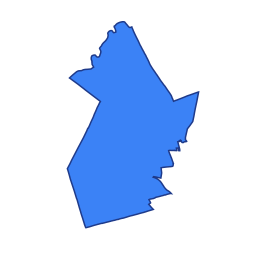 Branistea, Dâmbovita, Romania, rotated 278°
{"feature_id": "2599482B85968573592334", "entity_name": "Branistea", "entity_type": "district", "adm_level": 2, "iso_a3": "ROU", "parent_name": "Romania", "parent_adm1": "Dâmbovita", "projection": "albers", "projection_center": [25.57, 44.682], "detail": "fine", "context": "isolated", "style": "filled", "palette": "blue", "viewbox_px": 256, "rotation_deg": 278, "n_neighbors": 0, "source": "geoboundaries", "source_scale": "gbopen_adm2", "svg_char_len": 5591}
<svg xmlns="http://www.w3.org/2000/svg" viewBox="0 0 256 256"><g transform="rotate(278 128 128)"><path d="M173.5,192.9L173.4,192.6L171.8,189.5L170.7,187.4L169.3,184.7L168.0,182.1L167.7,181.6L166.9,180.3L165.4,177.7L164.0,175.2L162.3,172.2L162.0,171.5L160.8,169.4L162.2,168.6L163.6,167.8L163.8,167.6L164.1,167.4L164.6,167.2L165.7,166.6L166.4,166.1L166.9,165.7L167.0,165.6L168.6,164.2L170.8,162.1L174.5,158.8L176.1,157.0L176.8,156.4L177.0,156.2L179.4,153.8L180.3,153.0L181.4,152.1L183.6,150.1L184.2,149.7L184.5,149.3L186.4,147.5L186.6,147.4L188.3,145.8L189.8,144.4L191.3,143.1L193.0,141.7L193.7,141.1L194.3,140.7L196.5,139.4L199.2,137.6L201.4,136.0L202.2,135.6L204.4,133.8L205.7,133.0L206.4,132.4L207.3,131.8L207.3,131.7L210.6,129.4L212.0,128.3L214.1,127.0L215.8,125.9L219.4,123.4L222.4,121.4L224.9,119.8L225.7,119.4L228.1,117.9L228.6,117.7L228.4,117.3L227.9,116.4L227.8,115.4L228.4,114.4L230.4,112.3L231.3,111.2L232.2,110.3L232.5,109.9L232.6,109.3L232.6,108.7L232.4,107.5L231.7,105.6L231.0,104.3L230.0,102.8L229.0,101.9L227.4,100.9L227.0,100.2L226.2,100.2L224.7,101.3L222.5,102.4L221.3,102.6L220.8,101.7L220.4,100.6L220.7,100.0L221.7,99.2L222.2,98.4L222.0,97.2L221.3,96.0L220.0,95.1L219.2,94.8L218.5,94.9L217.3,95.4L215.9,95.4L214.6,95.3L213.8,95.0L212.6,94.4L211.6,93.9L210.5,93.1L209.4,92.2L208.3,91.4L206.8,90.6L205.9,90.4L205.2,90.0L204.3,89.4L203.2,88.8L202.7,88.8L201.8,89.5L200.8,90.1L199.9,90.5L198.5,90.5L196.7,90.1L195.3,89.9L194.4,89.3L194.0,88.4L194.0,87.5L194.4,86.8L195.6,85.5L195.6,84.4L195.2,83.4L194.8,82.7L194.3,82.1L193.4,81.9L192.5,81.8L191.1,82.0L190.4,82.3L189.8,82.6L189.6,82.8L189.3,83.0L189.0,83.1L188.7,83.0L188.4,83.0L188.1,83.1L187.7,83.3L187.1,83.4L186.4,83.5L186.0,83.6L183.5,85.5L182.4,84.3L181.3,83.1L180.9,81.5L180.4,79.3L180.0,77.3L179.4,75.6L178.4,74.1L178.0,72.4L177.6,70.8L176.6,69.3L175.4,68.2L173.3,66.3L171.3,64.6L169.4,63.1L166.7,68.1L164.4,72.4L162.5,75.7L160.8,78.7L159.7,80.5L151.2,95.7L150.4,97.0L150.1,96.9L149.5,96.6L148.9,96.3L147.5,95.9L145.4,95.2L144.4,94.8L143.7,94.6L141.3,94.0L139.2,93.4L138.4,93.2L137.6,92.9L136.7,92.7L134.6,92.2L134.3,92.2L130.4,91.0L128.8,90.5L125.4,89.6L123.7,89.1L122.1,88.5L122.0,88.2L120.0,87.7L119.9,87.7L112.1,85.2L103.3,82.0L103.1,81.9L94.6,78.9L88.1,76.6L84.8,75.6L79.2,73.6L78.6,74.0L73.9,76.1L69.0,78.2L58.1,83.6L52.5,86.2L50.8,87.0L50.3,87.4L47.8,88.5L45.5,89.5L43.3,90.5L42.8,90.7L38.3,92.8L37.1,93.3L35.2,94.2L32.4,95.6L31.7,95.9L27.7,97.8L26.5,98.3L23.6,99.9L23.4,100.1L23.6,100.7L23.8,101.2L24.1,101.8L24.8,103.6L25.8,105.7L27.0,108.2L27.6,109.7L28.5,111.7L28.6,112.0L29.0,113.0L29.2,113.3L29.3,113.6L29.4,113.9L29.5,114.1L29.8,114.8L29.9,115.1L29.9,115.4L29.9,115.5L30.0,115.7L30.0,115.8L30.5,116.9L30.5,117.1L31.5,119.4L31.7,119.9L32.1,120.8L32.1,121.0L32.6,122.1L32.7,122.4L32.8,122.6L32.9,122.9L33.1,123.2L33.2,123.7L33.4,124.0L33.8,124.9L33.9,125.3L34.3,126.2L34.8,127.7L35.2,128.5L35.5,129.1L35.6,129.4L35.7,129.6L36.0,130.5L36.1,131.0L36.3,131.5L36.7,132.1L36.9,132.5L37.0,132.8L37.1,133.1L37.5,134.0L37.6,134.3L37.9,135.2L38.3,136.3L38.4,136.5L39.3,138.4L39.9,139.7L40.3,140.5L41.1,142.2L41.9,144.2L42.0,144.6L42.5,145.6L42.6,145.9L42.7,146.2L42.8,146.4L42.9,146.5L43.1,147.1L43.2,147.3L43.3,147.5L43.4,147.9L43.5,148.0L43.6,148.3L44.2,149.7L44.8,151.0L45.5,152.6L46.2,154.3L46.3,154.5L46.6,155.4L47.1,156.2L47.4,157.1L47.8,157.8L47.9,158.0L48.2,158.6L48.6,159.4L49.5,161.4L50.6,163.8L50.9,164.4L51.6,163.5L51.7,163.3L52.5,162.4L52.9,161.9L53.3,161.4L53.7,161.0L54.0,160.7L55.2,159.2L55.3,159.3L55.5,159.4L55.4,159.6L55.9,159.7L56.9,160.8L57.1,160.8L58.6,159.8L59.7,158.9L60.0,158.7L60.7,159.9L61.0,160.9L61.5,162.3L61.6,162.8L62.1,163.7L62.8,164.8L63.1,165.0L63.6,166.1L63.9,167.0L64.3,167.9L64.6,168.7L64.9,169.4L65.2,170.0L65.4,170.5L65.6,171.0L65.8,171.5L66.1,172.3L66.3,172.6L66.4,172.9L66.7,173.4L66.9,173.9L66.9,174.4L67.0,174.7L67.4,175.2L67.6,175.6L67.9,176.2L68.0,176.6L68.2,177.0L68.3,177.2L68.4,177.5L68.6,178.0L68.9,178.7L69.0,179.1L69.1,179.5L69.1,180.0L70.1,178.8L71.1,177.1L71.9,175.2L73.2,173.4L75.0,171.6L75.6,171.2L76.1,170.7L76.7,170.2L77.2,169.7L77.8,169.3L78.0,169.0L78.4,168.7L78.8,168.3L79.1,168.0L79.5,167.6L79.9,167.1L80.3,166.5L80.7,166.0L80.8,165.7L81.1,165.2L81.4,164.5L81.7,163.9L82.0,163.2L82.2,162.4L82.4,161.7L82.6,161.0L82.7,159.8L83.0,159.9L83.4,160.1L83.4,162.2L83.2,164.2L83.1,165.4L83.0,167.5L86.5,167.6L88.2,167.6L93.2,166.3L93.8,167.9L94.6,170.9L95.5,174.7L95.7,175.8L96.3,177.6L97.5,177.9L98.1,177.9L98.8,177.6L99.1,177.9L104.3,175.2L104.5,175.1L105.6,174.4L106.4,174.0L107.7,173.2L108.7,172.6L109.3,172.3L109.7,172.1L109.8,172.0L110.2,171.8L110.5,171.7L111.0,171.5L111.3,171.4L111.4,171.7L111.6,172.2L111.7,172.5L111.7,173.1L111.8,173.5L111.8,174.1L111.9,174.8L112.0,175.4L112.1,176.1L112.2,176.8L112.2,177.2L112.3,177.2L112.4,177.4L112.2,177.5L112.3,178.1L112.3,178.6L112.3,178.8L112.4,179.1L112.4,179.5L112.6,179.6L114.8,178.7L115.0,179.6L115.0,180.2L115.2,180.5L112.6,181.5L112.7,182.2L112.7,182.4L113.1,182.4L114.3,182.1L115.5,181.6L117.2,180.9L119.7,179.9L120.5,179.5L121.3,179.2L121.9,181.0L122.1,180.8L122.3,180.7L122.5,180.6L122.6,180.8L122.9,181.1L123.1,181.3L123.3,181.6L123.2,181.8L123.1,182.0L122.9,182.4L122.5,182.6L122.1,182.7L121.9,182.8L121.6,183.1L121.2,183.6L121.2,184.5L121.5,185.1L122.0,185.5L122.3,185.8L122.4,186.4L122.4,186.9L122.6,187.4L122.9,188.0L123.0,188.0L124.5,186.5L126.8,186.2L132.7,186.7L135.4,186.9L139.1,189.0L141.8,190.4L143.4,191.2L144.4,191.3L148.9,191.6L152.1,191.7L156.2,191.9L159.3,192.1L163.2,192.4L167.0,192.6L171.4,192.8L173.4,192.9L173.5,192.9Z" fill="#3b82f6" stroke="#1e3a8a" stroke-width="1.5"/></g></svg>